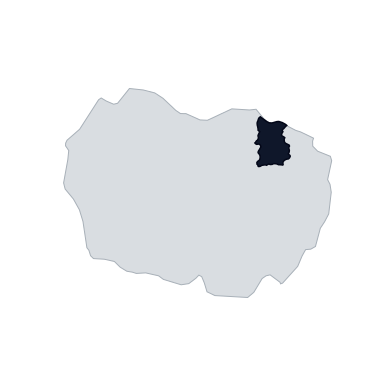 location of Bitola within North Macedonia, rotated 209°
{"feature_id": "MKD-2896", "entity_name": "Bitola", "entity_type": "Statistical Region", "adm_level": 1, "iso_a3": "MKD", "parent_name": "North Macedonia", "parent_adm1": "", "projection": "mercator", "projection_center": [21.29, 41.04], "detail": "fine", "context": "in_parent", "style": "filled", "palette": "ink", "viewbox_px": 384, "rotation_deg": 209, "n_neighbors": 0, "source": "natural_earth", "source_scale": "10m", "svg_char_len": 2685}
<svg xmlns="http://www.w3.org/2000/svg" viewBox="0 0 384 384"><g transform="rotate(209 192 192)"><path d="M174.7,101.7L180.6,102.5L193.3,98.8L201.2,93.8L205.2,93.0L210.6,91.1L218.3,91.4L226.2,93.6L236.1,90.7L245.9,86.0L249.8,87.1L254.0,91.1L256.9,92.3L273.1,113.4L281.9,121.9L292.4,128.4L304.4,133.1L308.7,137.7L316.3,160.1L319.9,168.5L325.0,171.1L326.2,173.5L326.4,176.7L320.7,192.4L318.4,227.4L317.0,230.2L311.0,230.0L303.1,230.8L300.1,233.5L296.9,252.2L284.1,257.6L272.6,260.6L262.8,259.9L245.7,255.5L240.1,255.0L235.3,257.6L220.0,258.9L213.3,262.2L197.5,284.0L181.5,291.6L176.1,295.4L163.9,290.6L158.0,290.1L149.6,295.6L131.1,296.2L126.1,297.2L111.8,298.0L111.2,295.0L108.6,290.6L101.9,288.6L88.3,290.3L85.0,287.1L79.4,268.6L75.0,265.6L70.1,259.3L61.8,239.1L61.6,230.2L62.2,222.5L57.6,204.2L60.4,199.6L64.7,196.7L64.7,189.4L63.5,178.2L68.6,156.2L70.0,154.6L71.2,155.7L83.5,157.4L86.6,154.6L88.7,150.3L89.3,134.2L92.2,126.7L121.8,112.5L130.5,112.0L137.2,118.5L142.5,122.7L145.7,122.6L146.8,118.4L150.4,110.3L156.5,105.6L174.5,101.7L174.7,101.7Z" fill="#d9dde1" stroke="#a8b0b8" stroke-width="1"/><path d="M168.7,290.9L160.7,289.8L158.1,289.9L155.6,291.0L151.8,294.8L150.2,295.8L146.6,296.5L143.0,296.5L141.4,296.2L141.7,295.2L141.8,295.0L142.2,293.4L142.5,291.9L142.9,291.0L143.0,290.1L142.8,289.4L141.7,288.8L141.8,287.0L141.3,285.2L140.8,284.8L139.3,284.7L138.2,284.7L137.1,284.4L137.1,283.3L136.7,282.3L135.5,280.7L134.1,280.0L132.7,280.0L130.9,280.1L129.7,280.1L129.0,279.4L129.0,278.3L128.7,277.4L128.0,276.6L127.1,275.7L126.6,274.6L126.3,273.4L126.3,272.2L125.9,271.8L124.0,271.5L123.3,270.6L123.3,269.0L123.7,267.7L124.6,267.0L125.6,266.1L126.7,264.3L126.9,262.7L126.7,261.4L125.7,260.4L125.7,259.6L125.8,259.6L126.9,259.1L128.3,258.5L129.3,257.9L130.7,257.7L131.8,257.6L133.1,257.0L134.3,256.4L135.4,254.9L137.0,253.9L138.4,253.8L139.2,252.5L139.8,251.5L140.7,251.4L141.9,250.7L143.8,249.2L144.9,247.4L145.8,246.7L146.0,246.6L146.5,246.5L147.2,247.2L147.9,247.7L148.6,247.8L148.7,248.0L149.5,249.1L149.5,250.3L149.1,251.3L148.6,252.1L148.6,253.5L148.9,254.7L149.5,255.9L150.4,257.0L151.5,257.7L152.9,258.2L153.5,258.8L153.7,259.8L153.7,260.7L153.6,261.7L153.6,263.0L153.6,264.4L153.8,265.1L154.4,265.7L155.2,266.2L156.0,266.4L156.6,266.4L157.7,265.7L158.4,265.1L159.0,265.0L159.6,265.0L160.5,265.2L160.8,265.4L160.5,266.0L160.5,267.5L160.3,268.3L159.9,268.9L159.9,269.9L160.0,271.3L160.4,271.9L160.9,272.4L161.6,273.3L161.8,274.5L161.9,276.5L162.0,277.6L163.2,277.8L164.2,278.1L164.7,279.1L166.0,280.7L167.4,282.2L168.5,283.9L168.8,285.1L168.9,286.4L169.3,288.0L169.3,289.3L169.3,289.5L168.7,290.9L168.7,290.9Z" fill="#0f172a" stroke="#020617" stroke-width="1.5"/></g></svg>